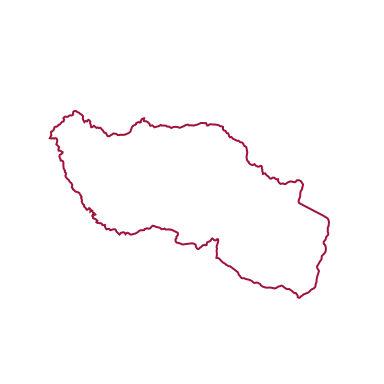 outline of Santa Rita do Tocantins, Tocantins, Brazil, rotated 27°
{"feature_id": "56859067B45645585605962", "entity_name": "Santa Rita do Tocantins", "entity_type": "district", "adm_level": 2, "iso_a3": "BRA", "parent_name": "Brazil", "parent_adm1": "Tocantins", "projection": "mercator", "projection_center": [-49.332, -10.964], "detail": "fine", "context": "isolated", "style": "outline", "palette": "rose", "viewbox_px": 384, "rotation_deg": 27, "n_neighbors": 0, "source": "geoboundaries", "source_scale": "gbopen_adm2", "svg_char_len": 6046}
<svg xmlns="http://www.w3.org/2000/svg" viewBox="0 0 384 384"><g transform="rotate(27 192 192)"><path d="M337.9,193.0L336.7,190.2L337.0,189.0L337.6,187.5L338.1,184.6L337.5,182.7L336.6,181.0L335.9,180.1L334.6,178.9L332.7,178.1L332.0,176.5L332.6,173.7L332.2,171.9L332.1,170.7L332.5,169.5L332.7,168.2L332.2,166.9L330.8,165.6L330.3,164.2L329.5,162.9L329.1,161.9L329.2,160.2L328.6,159.1L327.8,156.7L326.8,155.5L325.8,154.6L324.9,154.0L323.6,153.7L322.0,153.8L320.4,153.5L297.6,153.3L292.1,153.1L290.9,151.2L290.4,146.8L288.9,143.6L288.5,142.0L288.8,139.2L288.2,138.2L288.0,136.4L287.5,134.8L286.6,134.4L284.6,133.1L282.3,132.8L280.1,134.0L280.0,135.1L279.3,136.5L277.5,137.2L275.2,137.6L272.8,140.2L272.1,141.8L271.5,142.7L268.6,143.4L267.2,144.6L266.2,144.4L264.9,143.9L263.7,143.1L262.9,141.6L261.6,142.3L260.4,142.3L258.9,141.9L257.5,142.5L256.4,144.3L255.1,144.5L253.2,143.6L250.9,143.2L248.6,142.2L247.0,143.7L246.5,142.6L245.2,141.7L244.6,140.2L243.7,139.5L242.8,137.7L241.8,137.4L240.9,137.8L240.2,138.9L239.4,139.5L236.9,139.6L235.1,138.8L234.0,140.3L232.9,140.7L231.5,140.9L229.4,140.2L228.7,139.3L227.7,139.3L226.2,138.2L224.7,136.1L223.2,131.4L221.0,128.7L220.2,127.5L218.9,127.2L217.3,127.1L216.4,126.4L215.7,125.6L214.2,125.2L212.8,125.6L211.8,125.6L210.0,125.2L209.1,125.9L207.2,125.9L206.1,125.8L204.7,126.0L202.1,125.1L201.0,126.0L199.7,125.4L198.9,124.4L197.6,123.3L196.2,123.8L194.1,122.3L192.8,122.7L191.2,122.2L190.5,120.7L190.1,119.9L188.6,120.1L187.1,120.6L185.5,120.4L183.9,120.7L180.8,121.9L179.5,122.6L177.7,123.2L176.8,124.0L176.5,125.1L175.3,125.9L173.3,124.3L169.7,125.9L168.6,126.5L166.1,129.7L165.3,130.2L163.3,132.0L160.3,133.3L159.3,134.0L157.8,133.8L156.5,134.7L155.4,136.1L154.9,137.0L152.5,139.7L151.7,140.5L150.6,140.5L149.3,140.7L146.9,141.9L145.7,142.8L144.5,144.4L142.1,144.1L141.2,144.6L140.0,145.0L138.9,144.7L136.0,145.9L135.1,146.5L133.6,146.5L132.8,148.2L131.2,149.5L129.2,151.4L126.6,150.6L124.7,151.9L123.4,150.7L120.9,149.8L119.5,149.7L116.9,150.6L116.3,149.6L115.9,148.1L115.1,148.7L114.3,149.7L114.0,151.7L114.7,152.9L114.0,153.9L112.8,153.8L111.0,155.8L111.4,157.0L110.8,158.0L109.9,159.1L109.2,160.4L109.1,161.5L109.7,166.2L109.3,167.3L108.4,168.8L106.1,171.5L102.2,173.6L100.1,175.0L98.1,174.6L95.3,175.6L94.7,177.0L93.3,179.2L92.8,180.1L91.4,180.5L88.2,178.4L87.1,179.0L86.1,178.6L85.1,177.9L84.2,177.4L83.0,177.2L82.2,176.6L81.0,176.4L80.0,177.3L78.6,177.3L77.8,178.3L74.5,177.5L73.6,179.6L72.7,180.0L71.9,179.1L71.1,177.8L70.2,177.3L69.7,176.4L69.4,175.4L68.3,174.9L67.2,174.6L66.4,175.5L66.6,176.6L65.0,177.1L64.4,178.6L61.5,176.5L60.6,174.0L58.5,173.2L56.8,173.1L55.5,172.7L53.0,172.8L51.7,172.5L50.3,173.4L49.8,174.7L50.6,176.4L50.8,177.6L50.0,178.5L48.7,178.9L47.9,179.7L47.4,181.1L46.2,181.9L44.8,182.4L44.0,183.7L43.9,184.6L45.1,185.4L45.5,187.5L44.4,188.4L43.5,192.0L42.6,192.7L42.3,194.3L41.5,195.5L40.5,195.9L40.0,197.0L40.6,198.4L40.4,199.9L39.9,201.3L39.1,202.4L40.3,204.5L40.9,205.3L40.9,208.6L42.5,208.2L43.4,207.3L45.0,207.0L45.7,206.1L47.0,205.8L48.2,206.7L48.9,208.0L49.3,209.7L49.5,211.1L51.7,211.8L53.3,212.4L53.4,214.4L54.4,215.7L55.6,215.0L57.2,215.2L58.6,215.2L58.9,216.4L57.4,219.0L57.6,220.4L58.6,221.5L60.1,222.5L60.7,223.6L61.7,223.2L63.1,223.2L64.3,224.4L64.8,225.8L67.1,229.5L69.0,230.5L69.6,231.9L71.1,232.4L71.7,233.4L71.7,234.7L72.4,235.7L74.6,236.8L76.9,237.3L77.6,237.9L78.8,238.5L80.3,238.9L81.2,239.4L82.1,240.0L82.9,242.6L83.9,242.7L84.7,243.7L86.3,243.9L87.7,244.5L90.7,244.0L92.0,244.0L93.2,244.9L95.9,246.5L95.8,247.6L96.8,248.3L97.7,249.3L98.0,250.5L100.1,252.3L101.9,252.6L102.4,253.9L104.8,254.7L105.6,255.4L106.7,255.5L107.2,254.6L107.6,253.1L108.9,253.2L109.7,254.3L110.3,255.5L111.0,253.9L111.9,254.1L112.8,255.1L113.6,255.5L114.6,255.3L116.1,256.0L115.4,256.8L114.1,256.7L113.8,257.6L114.0,258.6L115.1,259.0L115.6,260.1L117.1,260.2L118.2,259.9L120.8,260.6L120.5,262.3L121.5,262.5L123.6,261.9L124.9,261.2L126.2,261.3L127.2,262.1L128.6,261.6L129.4,260.9L130.2,262.4L131.7,263.6L132.7,264.1L133.8,263.1L135.1,262.5L136.4,263.1L137.2,262.7L137.9,261.8L138.9,260.9L140.2,260.2L141.2,260.3L142.1,261.2L143.4,261.8L146.7,262.8L147.3,260.5L148.1,260.0L148.9,259.1L150.1,258.9L151.9,259.8L152.0,258.7L153.0,257.6L154.6,257.5L155.7,257.9L156.9,257.8L160.4,254.7L162.0,252.3L162.5,250.6L163.5,249.5L165.9,248.2L166.7,247.6L166.6,246.6L167.4,245.9L168.0,245.0L168.9,244.6L170.2,244.4L171.2,243.4L171.8,241.0L172.4,239.8L174.7,239.4L176.1,239.4L179.3,238.5L180.4,238.6L181.7,239.0L183.5,237.9L184.2,237.0L185.7,237.3L187.4,236.4L188.2,235.8L189.9,235.4L190.7,234.9L197.7,234.8L198.7,235.9L198.9,237.1L198.4,238.9L199.2,240.4L198.8,241.8L199.6,243.1L201.0,244.1L204.2,243.3L207.3,243.1L209.0,242.0L210.8,240.7L215.5,237.6L216.7,237.3L219.0,237.2L220.3,238.9L221.7,239.9L223.0,240.2L223.8,239.7L224.3,238.2L225.1,236.8L225.8,234.6L226.7,234.1L227.2,233.3L228.4,233.3L229.1,232.3L228.6,231.3L228.4,230.0L229.3,228.8L230.4,227.6L230.7,226.6L230.7,225.6L231.1,224.2L232.6,224.4L233.7,224.9L235.3,224.2L235.9,222.5L236.8,222.4L237.8,224.1L238.7,229.6L240.1,231.4L240.6,233.2L241.5,234.5L242.7,236.6L243.3,238.6L243.7,239.6L244.8,239.1L246.0,239.0L247.4,239.3L248.6,239.8L250.7,240.5L251.8,240.8L254.4,240.9L255.2,241.3L258.1,241.4L259.8,240.9L269.0,242.6L269.9,243.2L271.4,244.6L272.7,245.0L273.9,245.7L275.2,246.2L276.2,245.9L277.5,245.2L279.8,245.0L282.8,244.2L284.9,244.1L286.5,244.3L288.3,244.8L289.3,244.5L290.2,243.7L291.5,243.0L294.5,243.1L295.7,243.9L297.5,244.2L300.3,243.9L302.2,243.2L305.4,241.5L307.9,240.7L309.4,240.5L310.6,239.3L311.9,237.0L313.0,236.2L313.9,235.0L315.3,234.5L316.6,235.0L320.2,235.5L321.7,235.0L322.5,234.3L326.0,234.8L328.6,235.6L330.3,234.9L333.2,236.3L333.9,237.7L335.2,237.8L336.2,236.9L336.5,235.4L337.4,234.0L337.9,232.5L339.0,231.5L339.9,230.2L340.9,229.4L341.7,227.8L342.4,225.3L343.3,223.8L344.4,222.4L344.9,220.5L343.9,217.3L343.9,216.1L342.3,212.0L342.0,210.7L341.1,205.0L340.2,204.1L338.6,203.3L337.8,202.6L337.2,201.4L337.5,197.5L337.4,196.5L337.8,194.5L337.9,193.0Z" fill="none" stroke="#9f1239" stroke-width="2"/></g></svg>